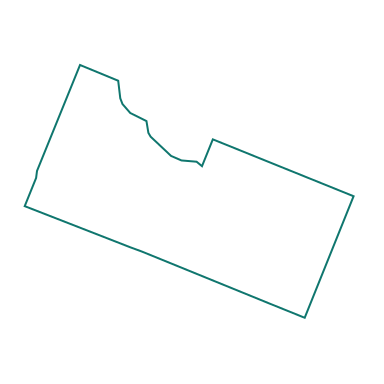 Major, Oklahoma, United States of America, rotated 22°
{"feature_id": "52423323B7041002082937", "entity_name": "Major", "entity_type": "district", "adm_level": 2, "iso_a3": "USA", "parent_name": "United States of America", "parent_adm1": "Oklahoma", "projection": "mercator", "projection_center": [-98.633, 36.334], "detail": "fine", "context": "isolated", "style": "outline", "palette": "teal", "viewbox_px": 384, "rotation_deg": 22, "n_neighbors": 0, "source": "geoboundaries", "source_scale": "gbopen_adm2", "svg_char_len": 422}
<svg xmlns="http://www.w3.org/2000/svg" viewBox="0 0 384 384"><g transform="rotate(22 192 192)"><path d="M305.9,266.4L343.6,266.4L343.4,135.4L191.6,135.4L191.6,164.3L184.9,162.2L170.4,166.7L159.1,166.4L132.9,156.2L129.4,153.5L123.2,143.3L105.2,141.9L94.6,136.5L90.4,132.0L81.9,116.5L40.6,116.2L40.4,230.5L42.2,237.4L42.2,267.8L155.0,266.4L167.6,266.0L305.9,266.4Z" fill="none" stroke="#0f766e" stroke-width="2"/></g></svg>